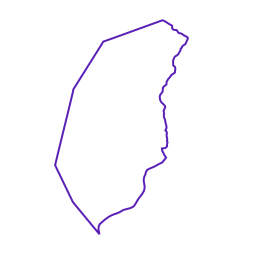 the district of Cristalândia do Piauí, Piauí, Brazil, rotated 256°
{"feature_id": "56859067B1752909624747", "entity_name": "Cristalândia do Piauí", "entity_type": "district", "adm_level": 2, "iso_a3": "BRA", "parent_name": "Brazil", "parent_adm1": "Piauí", "projection": "equal_earth", "projection_center": [-45.126, -10.759], "detail": "fine", "context": "isolated", "style": "outline", "palette": "violet", "viewbox_px": 256, "rotation_deg": 256, "n_neighbors": 0, "source": "geoboundaries", "source_scale": "gbopen_adm2", "svg_char_len": 1569}
<svg xmlns="http://www.w3.org/2000/svg" viewBox="0 0 256 256"><g transform="rotate(256 128 128)"><path d="M31.8,74.6L36.9,74.8L39.8,75.9L41.6,77.4L44.4,82.8L46.4,87.6L47.2,90.7L47.7,94.0L47.8,96.3L48.6,100.6L49.6,103.7L49.7,111.0L50.4,114.1L51.4,115.7L56.5,120.7L60.8,126.1L63.6,128.6L66.7,129.9L69.4,130.2L73.2,130.5L75.2,131.2L76.6,131.9L79.0,133.8L80.9,134.7L82.7,136.5L83.2,138.2L84.2,144.3L85.6,149.6L86.3,152.9L88.8,156.2L90.0,157.8L92.8,156.8L94.0,156.5L97.8,155.7L99.9,155.9L99.6,158.2L99.7,159.7L100.6,161.3L102.5,161.9L104.7,162.9L105.9,162.6L107.1,163.2L108.8,163.5L111.1,163.5L113.7,164.5L115.5,164.5L116.6,163.7L118.6,165.3L120.9,165.8L122.6,165.7L123.9,165.7L127.3,165.9L130.0,165.5L131.9,165.9L133.0,166.5L135.7,166.6L137.4,167.7L139.4,169.3L140.7,169.1L143.1,167.8L144.3,166.9L146.1,166.2L147.7,166.0L149.8,166.2L150.9,166.4L152.6,167.5L154.8,170.3L158.7,171.7L159.7,173.1L160.8,175.7L163.6,176.7L165.7,178.8L167.2,181.0L168.8,182.7L169.7,184.9L170.4,186.9L174.2,188.3L175.8,188.4L177.8,187.0L182.5,188.1L184.6,189.5L185.9,190.8L186.9,193.7L187.5,194.7L191.1,198.0L192.2,198.3L192.9,199.6L194.3,200.6L195.6,204.1L197.5,205.5L200.2,207.7L201.5,207.7L203.0,206.3L204.2,204.8L205.9,203.4L207.0,202.1L208.0,200.1L209.2,199.6L211.2,198.9L212.0,196.6L212.7,195.6L213.9,195.0L214.9,195.1L216.5,195.6L219.0,193.0L222.5,189.8L224.2,187.5L219.2,139.4L217.8,124.9L214.8,121.9L178.7,84.3L176.3,83.3L173.9,82.0L168.1,79.0L137.5,62.9L119.6,53.5L109.6,48.3L103.4,49.5L102.2,49.8L69.9,56.5L66.9,57.8L31.8,74.6Z" fill="none" stroke="#5b21b6" stroke-width="2"/></g></svg>